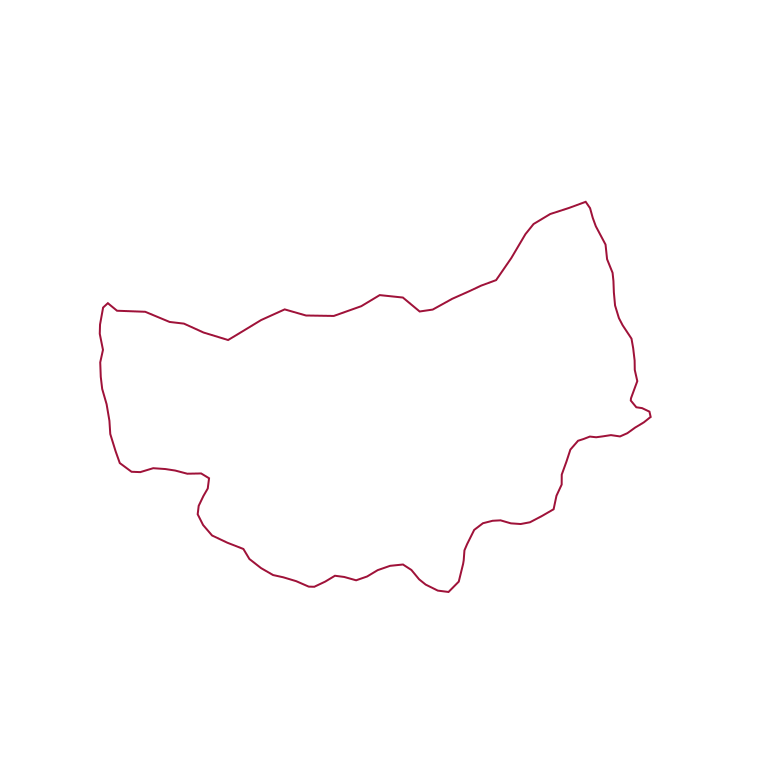 outline of Julfa District, Culfa, Azerbaijan, rotated 239°
{"feature_id": "54616110B53393721771174", "entity_name": "Julfa District", "entity_type": "district", "adm_level": 2, "iso_a3": "AZE", "parent_name": "Azerbaijan", "parent_adm1": "Culfa", "projection": "natural_earth1", "projection_center": [45.681, 39.144], "detail": "fine", "context": "isolated", "style": "outline", "palette": "rose", "viewbox_px": 768, "rotation_deg": 239, "n_neighbors": 0, "source": "geoboundaries", "source_scale": "gbopen_adm2", "svg_char_len": 1738}
<svg xmlns="http://www.w3.org/2000/svg" viewBox="0 0 768 768"><g transform="rotate(239 384 384)"><path d="M595.5,188.9L594.2,182.6L581.2,171.2L573.4,166.2L558.0,160.7L548.7,151.9L536.0,144.9L524.9,139.9L509.5,135.8L493.9,129.7L482.1,123.6L464.6,119.3L464.1,119.2L452.3,116.8L438.8,122.4L434.0,129.7L430.7,142.8L423.7,152.8L417.4,160.4L408.4,169.2L401.5,181.2L393.3,185.5L385.2,179.1L381.0,171.5L375.0,162.4L368.3,157.2L356.3,156.3L342.7,158.6L328.6,168.0L315.0,178.5L303.3,178.5L289.5,183.8L277.4,190.5L270.2,198.1L260.2,207.2L249.1,215.1L246.1,219.8L244.9,231.8L244.9,243.2L239.1,250.5L230.1,259.0L227.7,270.4L227.7,282.7L225.0,295.6L219.5,307.3L210.5,311.7L198.5,313.5L190.6,316.4L179.2,323.7L172.5,332.2L176.1,346.3L189.1,359.2L191.8,361.5L200.0,367.3L203.9,372.7L212.5,386.2L213.7,397.1L210.8,406.7L207.1,413.7L202.0,418.4L199.2,421.0L193.6,429.0L190.3,437.9L189.5,451.8L189.3,464.9L199.4,474.3L206.3,484.5L214.8,489.7L223.5,500.4L231.8,510.0L235.4,521.1L234.1,526.6L232.9,533.4L229.1,538.4L226.5,544.4L223.3,552.2L217.5,559.3L216.5,567.2L217.3,576.8L217.3,587.0L218.4,595.2L218.4,595.6L223.6,597.3L230.4,592.8L234.1,588.3L242.7,587.0L244.5,588.3L249.5,594.5L256.0,602.6L266.9,606.2L275.0,610.9L286.3,616.0L295.4,619.5L311.4,618.8L319.5,619.3L332.3,622.5L344.1,628.2L354.1,633.7L361.6,637.2L376.1,639.5L389.4,645.7L410.1,646.8L418.9,648.5L428.6,651.2L436.3,650.7L439.6,633.4L444.1,614.0L444.1,594.6L439.6,582.4L426.4,558.0L415.3,533.6L418.3,517.9L419.7,504.2L421.9,486.3L422.7,464.1L427.8,451.9L448.4,444.7L462.4,426.1L462.4,404.6L468.2,376.0L482.9,352.4L499.1,337.3L502.1,311.6L502.0,286.5L502.0,273.0L521.1,255.8L538.8,243.6L547.6,232.2L568.9,216.5L584.3,192.9L595.5,188.9Z" fill="none" stroke="#9f1239" stroke-width="2"/></g></svg>